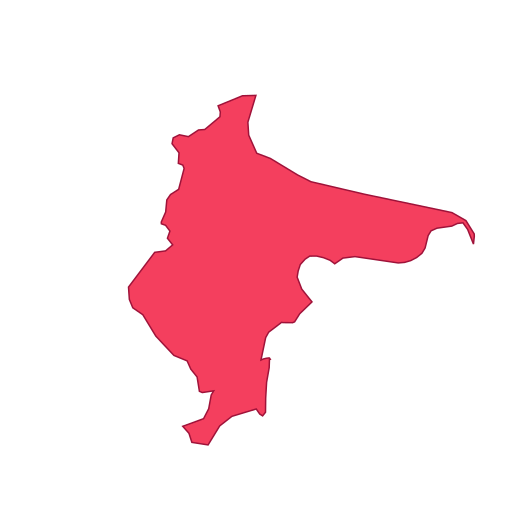 East Riding of Yorkshire, orthographic projection, rotated 316°
{"feature_id": "GBR-2124", "entity_name": "East Riding of Yorkshire", "entity_type": "Unitary Authority", "adm_level": 1, "iso_a3": "GBR", "parent_name": "United Kingdom", "parent_adm1": "", "projection": "orthographic", "projection_center": [-0.492, 53.866], "detail": "fine", "context": "isolated", "style": "filled", "palette": "rose", "viewbox_px": 512, "rotation_deg": 316, "n_neighbors": 0, "source": "natural_earth", "source_scale": "10m", "svg_char_len": 1523}
<svg xmlns="http://www.w3.org/2000/svg" viewBox="0 0 512 512"><g transform="rotate(316 256 256)"><path d="M333.1,121.6L357.5,131.3L367.5,140.4L343.1,154.1L334.7,164.0L327.9,182.6L334.1,195.8L342.2,226.5L347.1,240.7L376.8,286.7L427.1,360.9L431.6,376.4L428.3,391.7L426.7,393.5L420.7,398.5L426.7,383.9L427.9,375.9L423.5,372.5L417.6,370.5L405.5,361.7L399.4,359.5L394.0,360.9L383.2,367.7L377.3,369.3L370.5,368.7L364.1,366.8L358.4,363.8L353.5,359.8L326.8,325.2L317.1,317.9L307.2,316.3L307.0,314.7L306.3,310.5L303.4,304.1L299.6,298.2L294.6,293.4L289.2,292.4L281.9,292.9L275.9,296.1L270.9,299.8L265.9,311.6L264.9,322.3L264.4,327.9L247.4,327.9L238.0,330.2L236.0,329.4L229.1,322.6L228.3,321.5L212.2,319.6L206.3,321.4L187.3,334.3L189.8,335.2L192.2,336.6L194.6,338.4L194.8,338.7L194.5,340.2L193.8,339.8L187.9,345.5L175.9,354.2L164.3,364.9L154.3,375.0L149.7,375.6L148.9,372.3L149.9,366.2L127.3,354.6L111.9,353.0L90.3,358.6L80.4,345.5L84.6,337.0L85.0,327.6L105.3,336.6L115.9,333.0L127.2,324.9L131.9,323.6L122.5,316.9L121.3,314.0L129.6,302.1L130.5,292.1L133.6,283.6L127.9,270.5L128.1,255.2L128.3,244.0L133.8,219.6L131.4,207.7L131.9,206.4L134.7,199.3L142.7,189.8L185.7,183.0L194.5,189.5L203.8,190.1L204.6,181.7L211.4,178.3L212.3,171.1L210.3,167.1L211.4,165.8L221.6,161.6L230.8,153.7L237.2,152.4L246.7,154.3L265.1,143.1L266.5,139.8L264.5,135.4L272.3,128.3L273.6,116.9L278.5,113.5L285.1,115.6L290.3,123.2L302.2,125.4L307.0,129.4L326.8,130.8L330.4,127.6L332.9,122.0L333.1,121.6Z" fill="#f43f5e" stroke="#9f1239" stroke-width="1.5"/></g></svg>